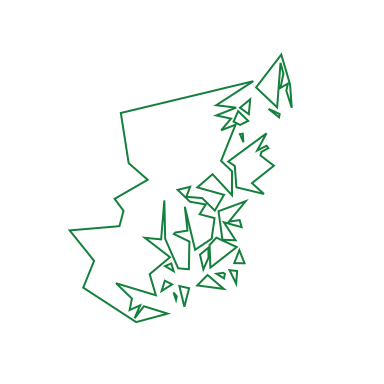 Troms, Albers equal-area conic projection, rotated 155°
{"feature_id": "NOR-900", "entity_name": "Troms", "entity_type": "County", "adm_level": 1, "iso_a3": "NOR", "parent_name": "Norway", "parent_adm1": "", "projection": "albers", "projection_center": [18.955, 69.32], "detail": "medium", "context": "isolated", "style": "outline", "palette": "green", "viewbox_px": 384, "rotation_deg": 155, "n_neighbors": 0, "source": "natural_earth", "source_scale": "10m", "svg_char_len": 1946}
<svg xmlns="http://www.w3.org/2000/svg" viewBox="0 0 384 384"><g transform="rotate(155 192 192)"><path d="M265.0,218.5L227.0,221.8L237.2,244.9L223.1,293.7L89.6,266.5L133.4,260.4L116.3,249.8L137.6,251.1L125.6,242.0L139.5,235.6L124.1,234.6L152.5,207.9L147.0,193.8L157.1,172.2L165.9,199.4L185.2,193.9L164.2,175.9L179.2,165.5L185.3,182.1L199.1,190.1L191.5,197.5L204.1,200.0L197.9,184.0L184.8,174.9L194.5,168.6L182.6,158.8L193.9,141.4L213.6,138.3L204.7,181.7L212.4,158.9L224.3,162.3L226.2,161.6L215.3,148.2L227.5,123.3L236.8,128.7L236.1,160.9L220.6,196.1L240.0,162.1L254.1,170.4L239.5,142.2L265.1,135.4L268.4,113.7L299.4,141.4L291.5,120.8L298.4,111.4L286.9,111.2L297.4,101.8L283.9,108.8L265.5,92.1L297.6,97.7L331.0,151.3L309.8,171.0L319.1,208.9L272.2,191.7L262.0,203.9L265.0,218.5ZM149.8,177.5L142.2,197.5L146.3,204.3L99.7,213.7L115.3,202.1L104.9,202.4L104.2,199.5L112.1,199.0L114.5,196.2L106.7,181.2L133.9,174.7L127.6,159.8L149.8,177.5ZM66.0,226.2L63.7,244.0L59.2,249.7L67.8,249.0L59.1,260.7L57.2,271.6L79.1,232.7L89.7,259.7L53.0,278.8L57.7,247.9L66.0,226.2ZM184.6,135.9L176.1,163.4L147.2,161.0L171.1,149.5L160.7,146.4L161.9,139.2L175.9,151.0L172.9,129.8L184.6,135.9ZM207.3,115.7L198.5,136.5L189.2,140.3L174.7,123.2L207.3,115.7ZM247.4,91.3L243.2,112.1L235.3,106.0L247.4,91.3ZM204.1,90.7L226.7,105.1L213.0,110.2L204.1,90.7ZM214.4,117.1L211.2,131.9L200.7,134.6L204.8,125.5L214.4,117.1ZM111.0,232.7L120.1,232.5L124.6,238.2L116.0,245.8L111.0,232.7ZM81.5,222.9L87.5,234.9L79.6,225.7L81.5,222.9ZM107.6,238.5L112.9,248.1L100.1,251.4L107.6,238.5ZM190.7,90.3L191.0,105.3L184.5,101.3L190.7,90.3ZM173.7,119.2L174.5,105.2L183.8,109.7L173.7,119.2ZM249.1,116.7L261.4,115.1L254.1,123.1L249.1,116.7ZM242.1,128.0L247.7,136.2L241.0,136.0L242.1,128.0ZM124.4,215.4L124.1,224.2L121.3,223.4L124.4,215.4ZM204.3,107.5L197.7,105.5L196.8,103.9L199.5,100.2L204.3,107.5ZM252.1,101.0L251.2,108.7L249.9,103.9L252.1,101.0Z" fill="none" stroke="#15803d" stroke-width="2"/></g></svg>